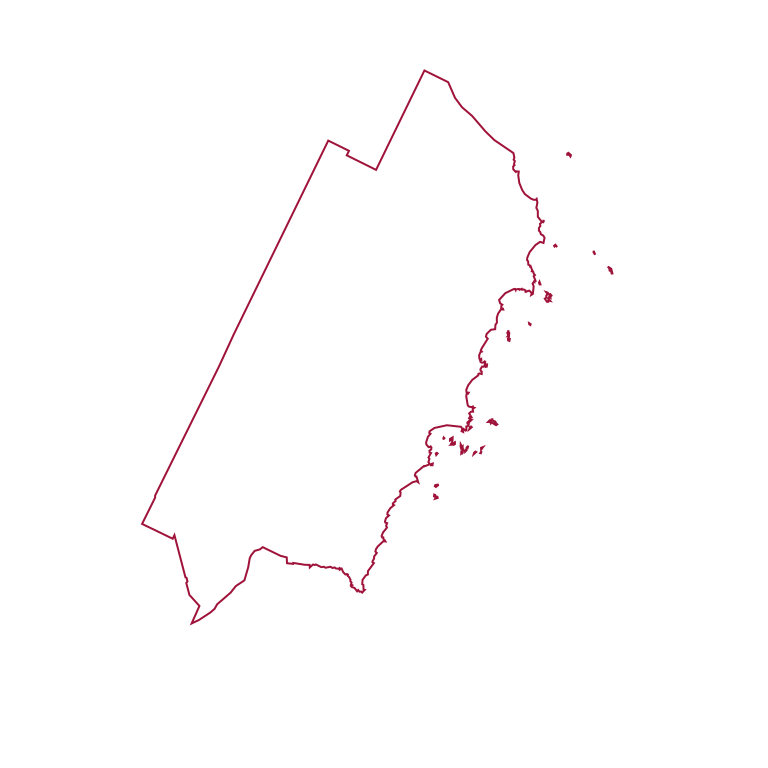 the district of Esperance, Western Australia, Australia, rotated 296°
{"feature_id": "25037944B71614254655380", "entity_name": "Esperance", "entity_type": "district", "adm_level": 2, "iso_a3": "AUS", "parent_name": "Australia", "parent_adm1": "Western Australia", "projection": "robinson", "projection_center": [121.733, -33.519], "detail": "fine", "context": "isolated", "style": "outline", "palette": "rose", "viewbox_px": 768, "rotation_deg": 296, "n_neighbors": 0, "source": "geoboundaries", "source_scale": "gbopen_adm2", "svg_char_len": 6191}
<svg xmlns="http://www.w3.org/2000/svg" viewBox="0 0 768 768"><g transform="rotate(296 384 384)"><path d="M152.3,261.9L156.3,261.9L123.2,290.3L123.3,291.4L120.4,293.9L118.5,293.5L109.1,301.6L103.6,315.4L84.5,316.1L90.6,321.0L102.7,328.2L107.7,330.3L112.9,330.6L129.2,337.6L137.4,339.4L146.3,344.6L159.7,342.3L168.6,339.7L171.9,339.7L177.3,340.9L181.0,345.0L184.2,346.5L184.2,366.3L185.5,372.6L180.4,375.4L182.5,381.2L183.4,380.9L186.8,392.1L188.8,396.4L186.6,397.7L190.6,399.3L190.9,401.0L191.9,401.8L191.9,407.9L193.4,410.1L193.2,411.9L196.3,416.1L196.0,418.2L197.5,420.1L197.1,421.3L198.1,424.7L199.1,424.7L199.0,425.9L198.3,426.0L199.5,426.8L197.0,429.8L195.9,432.8L197.0,434.1L196.9,435.1L195.8,435.3L195.3,437.0L193.5,439.6L192.0,440.2L191.3,441.9L189.4,442.2L189.3,443.6L188.0,442.8L187.4,444.0L187.8,446.9L185.9,450.7L187.5,451.1L186.6,453.1L187.4,454.3L186.9,455.8L190.5,456.9L190.2,455.8L194.4,453.5L194.5,452.2L198.5,450.6L203.9,451.5L205.7,453.0L208.8,451.6L218.6,453.4L218.7,451.9L219.5,451.4L222.8,451.6L224.6,450.7L229.0,451.6L229.6,449.7L231.9,449.2L235.3,449.6L242.5,452.4L243.1,454.3L243.9,453.2L243.6,452.3L245.8,450.6L245.2,449.8L246.2,448.5L250.1,448.2L256.3,449.6L257.4,448.1L260.3,447.8L260.0,446.0L260.7,445.2L264.3,444.6L268.0,446.1L268.2,444.2L270.1,443.5L275.2,444.1L279.5,446.1L279.6,444.8L280.5,444.3L284.0,445.7L285.1,444.8L290.5,447.7L293.7,446.5L294.4,445.3L296.5,445.7L308.3,452.8L311.0,455.9L310.7,457.8L315.1,453.7L314.6,452.9L315.4,451.8L318.0,451.4L327.9,455.9L328.1,456.4L327.0,455.7L330.8,459.3L332.4,459.7L333.4,458.1L336.6,457.7L337.4,456.2L342.6,456.5L342.4,455.0L344.0,454.1L345.8,455.1L347.7,454.5L348.8,452.5L347.9,453.4L346.8,451.8L348.2,448.6L349.8,447.5L355.8,446.6L359.7,447.6L359.9,446.1L361.5,445.7L366.6,448.6L374.5,458.6L379.3,472.0L378.0,474.1L375.6,474.4L375.6,475.9L376.4,475.2L376.9,475.9L378.4,475.5L377.9,477.8L378.5,478.4L381.9,476.6L383.0,477.9L384.7,477.8L385.0,476.4L386.0,475.8L387.1,476.3L386.9,477.4L388.4,477.2L388.2,477.7L390.0,478.4L389.4,476.8L391.1,476.9L390.7,475.5L392.4,475.6L392.7,476.9L394.9,473.4L397.3,474.4L398.2,476.2L400.3,474.7L402.2,475.6L401.9,474.2L402.7,473.7L401.5,472.7L400.9,469.9L401.8,468.4L409.3,463.1L411.5,462.7L412.0,463.8L413.3,463.9L412.6,461.9L414.8,460.5L419.8,460.2L426.4,461.5L433.1,464.9L434.5,464.4L435.3,465.1L435.8,467.4L438.0,466.4L438.3,465.0L439.6,464.2L442.7,464.5L443.2,465.9L445.2,466.5L444.4,467.3L445.3,467.6L444.2,468.2L444.7,468.8L446.3,468.2L445.5,467.7L446.4,466.5L446.1,465.9L448.3,465.3L448.5,464.6L446.8,463.8L446.0,462.4L446.2,461.0L447.7,459.8L448.3,460.9L449.1,460.4L448.2,459.8L448.6,458.6L451.6,456.9L454.9,456.7L456.0,457.7L456.6,456.3L459.0,456.2L470.2,457.4L471.2,454.9L474.0,454.3L479.6,456.3L482.0,459.9L486.1,458.2L488.6,458.6L493.1,456.3L497.3,455.7L502.4,456.4L503.2,458.5L503.9,457.8L503.7,456.0L505.8,455.2L507.1,455.6L507.4,453.1L510.0,450.6L518.8,453.2L526.1,458.9L526.9,460.1L526.1,461.2L526.9,461.1L528.6,463.7L528.1,464.5L530.0,466.1L529.3,466.9L530.2,468.1L530.2,470.0L528.1,471.3L529.2,471.0L531.6,473.6L530.6,476.9L528.6,477.3L530.2,478.3L537.4,475.7L539.5,473.5L541.3,473.9L541.4,474.6L542.3,474.0L543.1,475.0L546.5,471.3L548.1,471.9L548.7,470.3L550.5,468.7L550.1,467.4L551.3,467.2L554.2,464.1L553.7,463.8L554.5,463.1L554.5,461.4L557.5,459.7L558.0,458.3L560.4,457.4L566.4,457.1L575.3,459.2L580.2,462.0L580.7,465.5L585.8,464.2L587.2,462.1L587.4,459.2L589.0,458.0L589.7,456.0L592.1,454.9L594.7,455.2L596.3,454.0L598.0,454.7L599.2,454.2L601.7,449.0L607.1,446.3L609.1,443.7L614.2,442.4L617.3,440.0L616.1,439.6L615.2,437.9L615.0,434.8L616.4,427.5L618.9,423.2L624.1,417.4L630.4,413.2L634.0,412.0L633.1,409.6L632.4,409.5L633.6,406.1L636.2,404.7L637.9,405.4L638.6,404.4L641.7,403.9L642.4,402.2L644.5,402.0L648.3,399.1L651.6,376.2L655.5,364.4L663.6,345.6L666.9,332.9L672.3,322.4L683.4,309.4L683.5,282.9L573.0,283.0L573.2,250.3L578.2,250.3L578.3,227.2L362.5,227.2L327.3,228.0L183.3,227.2L181.5,228.1L152.2,227.9L152.3,261.9ZM536.2,495.6L536.9,495.8L537.7,494.0L536.7,493.4L537.9,491.0L537.7,489.4L536.8,491.1L535.7,491.5L534.6,491.1L532.7,492.0L531.2,491.1L529.3,494.5L529.9,495.6L531.2,495.1L531.6,497.0L533.0,493.9L534.6,494.2L534.5,495.7L536.3,494.1L536.2,495.6ZM396.6,497.3L396.1,502.8L397.4,503.5L398.1,500.5L398.7,500.9L399.1,500.2L398.6,497.5L399.8,496.9L399.3,496.1L397.9,496.2L397.7,494.9L395.5,494.2L396.5,496.1L395.5,497.2L396.6,497.3ZM585.1,538.5L583.1,540.2L583.5,540.8L587.2,537.7L587.6,533.7L586.5,536.0L584.8,537.1L585.1,538.5ZM484.0,472.4L482.2,474.4L481.0,474.2L481.3,474.8L479.8,476.1L484.8,474.2L485.4,472.9L486.9,472.5L484.0,472.4ZM303.3,480.3L305.1,482.2L306.1,481.4L305.5,479.7L306.7,478.7L306.6,477.6L304.9,478.2L305.1,480.4L303.3,480.3ZM363.4,479.4L361.3,480.3L359.6,481.8L360.7,482.9L362.5,482.0L361.7,481.7L363.4,479.4ZM362.7,470.1L363.3,470.3L366.1,469.1L363.6,467.4L362.1,468.1L363.0,468.8L362.7,470.1ZM672.6,448.4L671.4,447.7L670.3,448.2L671.2,450.0L670.2,451.8L671.7,451.7L672.6,448.4ZM314.2,475.8L316.7,477.0L317.2,476.5L315.7,474.4L314.4,474.5L314.2,475.8ZM355.4,483.9L355.9,484.1L355.5,485.5L356.5,484.1L357.3,484.7L359.2,484.0L357.4,483.0L355.4,483.9ZM380.7,480.5L383.6,481.8L384.0,481.2L383.4,480.1L380.7,480.5ZM370.8,500.7L369.2,499.2L367.5,500.1L370.8,500.7ZM361.6,486.7L359.8,485.9L358.6,486.6L360.6,487.3L361.6,486.7ZM477.7,477.8L479.6,477.3L478.9,475.7L477.6,476.4L477.7,477.8ZM331.5,461.6L332.2,463.2L333.9,462.7L332.4,461.2L331.5,461.6ZM360.2,473.5L361.1,474.1L362.8,473.2L361.4,472.1L360.2,473.5ZM343.1,462.1L345.1,462.6L345.3,461.7L344.3,461.0L343.1,462.1ZM541.7,480.2L542.1,480.9L544.1,478.9L543.0,478.9L541.7,480.2ZM363.3,496.7L363.4,495.9L361.9,495.1L360.2,495.4L363.3,496.7ZM583.3,477.1L583.1,479.5L584.3,477.0L582.8,476.3L582.4,476.9L583.3,477.1ZM361.9,486.6L362.7,487.3L365.4,486.9L363.2,486.1L361.9,486.6ZM360.1,461.5L361.8,462.0L362.1,461.1L360.1,461.5ZM501.2,489.7L502.1,489.5L502.3,487.7L501.3,488.4L501.2,489.7ZM592.7,517.0L593.6,516.3L595.6,514.1L594.2,514.6L592.7,517.0ZM359.7,471.1L358.7,470.7L359.4,472.0L361.3,470.9L360.0,470.5L359.7,471.1ZM364.2,501.4L366.4,501.2L364.1,500.8L364.2,501.4ZM598.4,456.0L600.1,456.3L601.4,455.6L598.4,456.0Z" fill="none" stroke="#9f1239" stroke-width="2"/></g></svg>